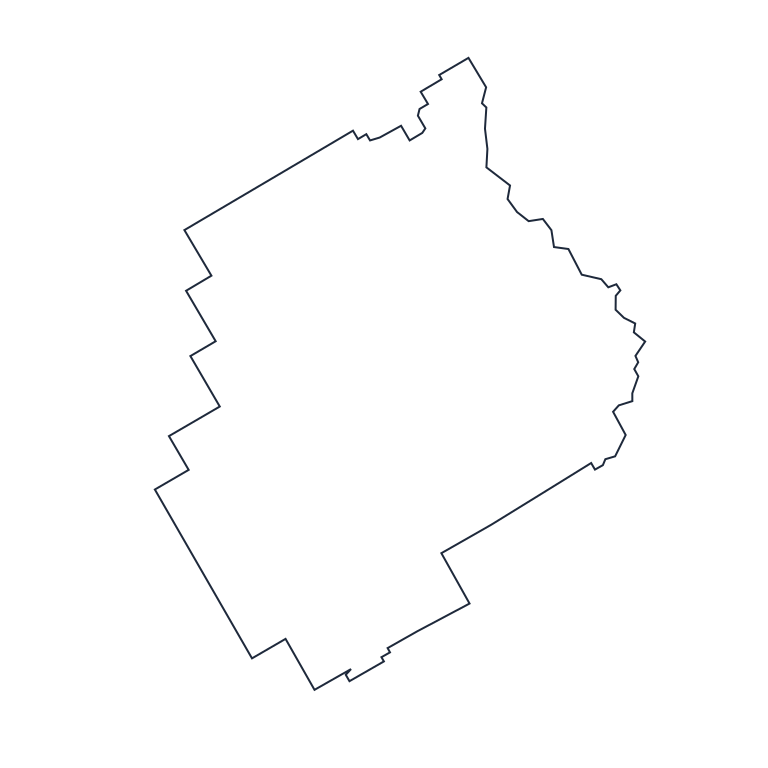 Judith Basin, Montana, United States of America (orthographic projection), rotated 240°
{"feature_id": "52423323B59970675911071", "entity_name": "Judith Basin", "entity_type": "district", "adm_level": 2, "iso_a3": "USA", "parent_name": "United States of America", "parent_adm1": "Montana", "projection": "orthographic", "projection_center": [-110.26, 47.045], "detail": "fine", "context": "isolated", "style": "outline", "palette": "slate", "viewbox_px": 768, "rotation_deg": 240, "n_neighbors": 0, "source": "geoboundaries", "source_scale": "gbopen_adm2", "svg_char_len": 1126}
<svg xmlns="http://www.w3.org/2000/svg" viewBox="0 0 768 768"><g transform="rotate(240 384 384)"><path d="M212.4,132.5L212.5,171.3L153.9,170.9L153.6,212.9L151.3,205.5L143.9,205.5L143.8,245.2L148.7,245.2L148.6,255.0L153.5,255.1L153.2,289.3L151.1,348.3L208.8,349.1L208.5,406.6L210.2,465.3L212.0,523.9L204.4,523.9L204.3,533.0L208.2,538.1L205.8,548.0L219.0,567.8L245.4,568.5L248.1,576.7L245.0,590.5L251.8,594.4L263.5,608.1L271.8,608.2L275.7,615.0L282.6,615.8L290.2,631.4L303.8,626.2L310.8,631.8L321.3,624.9L332.5,621.7L344.5,628.8L346.9,635.5L354.2,635.1L355.6,626.6L366.1,624.6L379.8,609.9L408.7,611.2L417.6,599.7L433.5,605.9L447.5,604.1L452.7,590.7L466.4,585.2L482.4,583.5L492.9,592.4L520.4,581.0L535.9,591.1L554.6,599.1L572.3,610.9L578.1,609.2L589.9,620.8L624.2,620.2L624.0,586.3L619.1,586.3L618.8,561.9L604.5,562.1L604.4,552.3L599.4,547.5L584.7,547.6L582.3,542.7L582.1,528.0L599.1,527.9L599.6,503.5L601.9,493.7L609.2,493.6L609.1,483.9L618.9,483.8L617.1,288.1L564.1,288.7L563.7,259.2L505.2,259.6L505.0,230.3L446.6,230.5L446.4,171.7L407.3,171.9L407.2,132.8L212.4,132.5Z" fill="none" stroke="#1e293b" stroke-width="2"/></g></svg>